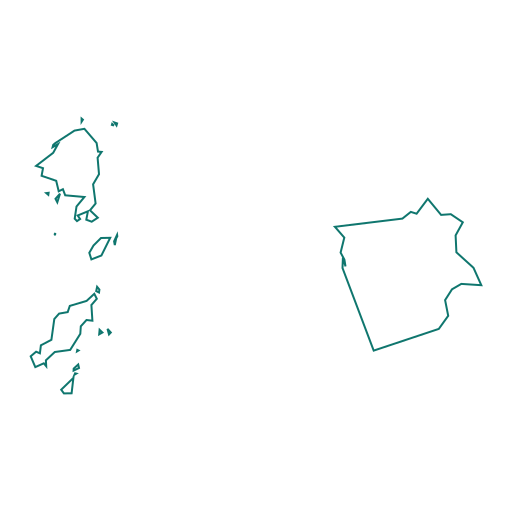 Al Khukhah, Al Hudaydah, Yemen (orthographic projection)
{"feature_id": "15242507B44327302396722", "entity_name": "Al Khukhah", "entity_type": "district", "adm_level": 2, "iso_a3": "YEM", "parent_name": "Yemen", "parent_adm1": "Al Hudaydah", "projection": "orthographic", "projection_center": [42.797, 13.833], "detail": "medium", "context": "isolated", "style": "outline", "palette": "teal", "viewbox_px": 512, "rotation_deg": 0, "n_neighbors": 0, "source": "geoboundaries", "source_scale": "gbopen_adm2", "svg_char_len": 1843}
<svg xmlns="http://www.w3.org/2000/svg" viewBox="0 0 512 512"><path d="M473.5,267.8L456.4,252.3L455.6,235.4L462.8,222.3L450.8,214.2L441.1,214.9L427.8,198.8L416.6,213.7L410.8,211.9L402.4,218.6L334.9,226.8L344.3,237.6L340.6,252.6L344.4,259.6L345.5,266.4L342.9,257.8L342.5,268.0L373.7,350.6L438.8,328.9L448.2,315.8L445.1,300.1L452.0,289.3L461.3,283.9L481.3,285.2L473.5,267.8ZM84.4,128.8L74.5,130.6L55.0,143.3L53.2,144.9L52.6,147.2L58.0,144.1L53.2,152.8L36.1,165.9L43.0,168.2L41.6,175.8L56.2,180.8L58.7,191.3L62.9,189.2L65.2,195.3L84.4,197.0L76.5,206.5L74.7,218.7L77.0,221.1L80.1,219.0L77.7,215.5L87.9,211.3L86.3,219.7L91.7,221.7L97.8,217.7L90.0,210.3L95.6,203.5L93.1,184.3L99.0,174.2L97.6,157.7L101.6,151.9L98.0,151.6L96.6,143.0L84.4,128.8ZM94.3,293.8L86.6,300.9L69.8,305.9L67.7,312.1L59.1,313.6L54.3,319.0L51.4,339.8L40.9,345.3L39.9,353.3L36.1,351.7L30.7,356.3L35.3,367.1L43.8,363.3L46.2,366.2L45.9,360.3L54.8,352.0L70.2,349.9L80.3,333.8L80.8,326.3L86.5,320.0L92.4,320.7L91.4,305.0L96.8,298.8L94.3,293.8ZM110.2,237.8L101.0,238.0L93.5,245.5L89.3,252.8L91.4,259.4L101.4,255.5L110.2,237.8ZM73.4,377.9L61.2,389.7L63.9,393.4L71.6,393.3L73.4,377.9ZM78.2,364.5L73.7,368.6L73.6,370.6L79.0,368.0L78.2,364.5ZM97.1,286.8L96.2,291.1L99.0,292.5L99.4,289.6L97.1,286.8ZM99.2,334.3L102.4,332.5L99.6,329.8L99.2,334.3ZM60.0,193.7L55.5,198.8L57.3,202.3L60.0,193.7ZM110.8,332.5L107.5,328.9L109.0,334.4L110.8,332.5ZM114.8,245.1L116.2,238.3L117.3,236.3L117.1,234.8L114.1,241.3L114.8,245.1ZM81.6,121.7L82.9,119.7L81.6,118.6L81.6,121.7ZM48.6,192.8L46.3,193.1L48.3,194.8L48.6,192.8ZM55.0,235.3L55.3,233.0L54.7,234.2L55.0,235.3ZM74.5,374.7L76.3,373.6L75.1,373.3L74.5,374.7ZM117.1,123.4L114.5,122.5L116.5,125.4L117.1,123.4ZM113.9,125.5L112.2,123.9L111.9,124.9L113.9,125.5ZM77.0,351.4L78.5,350.5L77.3,349.9L77.0,351.4Z" fill="none" stroke="#0f766e" stroke-width="2"/></svg>